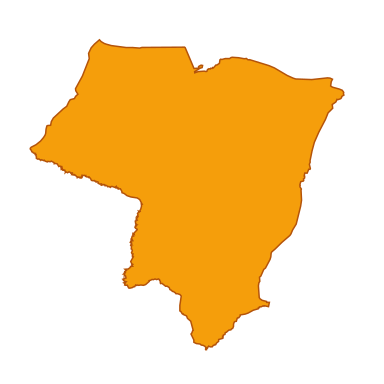 the district of Phanom Sarakham, Chachoengsao, Thailand, rotated 86°
{"feature_id": "78962969B65089616698234", "entity_name": "Phanom Sarakham", "entity_type": "district", "adm_level": 2, "iso_a3": "THA", "parent_name": "Thailand", "parent_adm1": "Chachoengsao", "projection": "robinson", "projection_center": [101.467, 13.734], "detail": "fine", "context": "isolated", "style": "filled", "palette": "amber", "viewbox_px": 384, "rotation_deg": 86, "n_neighbors": 0, "source": "geoboundaries", "source_scale": "gbopen_adm2", "svg_char_len": 6027}
<svg xmlns="http://www.w3.org/2000/svg" viewBox="0 0 384 384"><g transform="rotate(86 192 192)"><path d="M89.3,44.0L88.0,46.4L87.6,48.9L88.2,64.7L86.5,80.6L85.5,83.1L82.4,88.9L74.0,101.1L71.3,106.4L64.0,125.3L64.2,125.7L63.8,127.3L62.6,128.3L62.7,130.6L61.3,136.1L60.4,142.5L60.6,143.7L61.5,145.2L61.2,149.5L61.9,153.0L61.5,154.0L62.1,154.9L65.6,155.7L67.1,158.4L67.0,159.3L69.7,162.0L69.3,162.8L70.1,163.2L69.9,164.8L70.5,165.1L70.2,166.6L70.8,167.1L70.8,167.9L72.7,168.8L72.8,169.7L72.3,171.3L72.3,177.3L73.3,180.9L72.1,181.0L69.1,175.3L68.6,173.2L66.5,172.6L66.1,174.1L67.0,176.2L67.4,176.7L68.9,176.5L68.9,181.4L47.6,188.7L47.0,189.3L44.3,231.9L44.8,234.2L43.7,241.5L43.3,247.6L40.3,262.3L38.6,267.1L37.7,269.2L35.6,272.2L33.7,273.7L37.7,279.0L41.1,282.5L46.5,285.5L51.8,285.2L68.6,293.2L80.8,301.0L82.9,300.9L86.5,299.0L88.4,301.4L90.6,302.8L91.4,307.0L93.5,308.6L97.8,311.0L100.2,314.8L108.5,325.1L111.9,327.4L115.6,328.4L115.6,331.2L116.0,332.2L119.1,333.2L123.4,333.9L125.0,334.6L127.4,336.4L130.7,339.6L134.0,344.4L136.1,349.3L137.1,350.3L138.3,350.2L138.8,349.6L140.8,348.9L141.2,348.0L142.0,347.5L142.6,345.6L143.1,346.0L143.8,345.8L144.0,344.9L145.0,345.1L146.3,344.7L147.3,345.0L148.2,344.1L148.5,343.5L148.3,342.4L149.0,341.9L149.3,340.9L149.9,340.6L149.3,339.8L150.4,337.6L150.0,337.2L150.9,336.4L151.9,334.3L151.4,333.8L151.9,331.3L151.4,330.2L153.1,327.5L154.2,327.5L154.0,326.4L154.5,324.5L157.3,323.1L156.9,321.9L157.4,321.3L157.5,320.1L158.0,320.0L158.4,320.7L158.8,320.1L159.6,320.2L159.6,320.9L160.3,320.9L159.9,319.8L160.9,319.8L161.2,319.5L161.3,318.8L160.9,318.6L161.4,317.5L161.7,317.8L162.9,316.6L163.7,316.9L163.2,316.2L164.1,314.8L163.3,313.3L164.3,311.5L164.8,311.5L164.7,310.2L166.2,310.8L166.2,309.5L166.6,309.6L166.8,308.7L166.5,308.0L167.2,307.6L167.2,307.0L168.7,306.0L168.9,305.1L169.7,305.3L169.3,303.7L169.6,302.7L169.9,302.7L169.7,302.3L170.2,302.4L170.3,301.2L169.9,300.7L168.5,300.3L168.8,300.9L167.6,300.6L167.8,299.7L168.1,300.2L168.3,300.0L167.9,299.3L167.9,297.8L168.8,297.3L168.5,296.8L169.0,296.8L169.7,295.7L169.7,293.8L170.4,293.9L170.5,293.1L171.5,292.3L173.4,291.5L173.9,289.8L173.7,288.7L174.4,288.2L174.5,287.2L175.4,287.0L175.2,285.6L175.7,284.8L176.6,285.1L177.6,283.7L177.6,282.0L178.6,282.3L179.0,281.5L178.2,280.3L178.8,279.4L178.5,279.0L178.9,278.4L179.7,278.3L179.7,278.0L179.3,277.9L179.7,276.6L180.9,275.7L180.7,274.6L181.3,273.7L181.1,273.3L181.6,273.0L180.9,272.1L180.9,271.2L182.0,268.7L181.7,268.2L183.1,267.4L181.5,267.5L181.2,267.2L182.4,267.0L182.8,266.6L182.2,266.4L182.4,265.8L182.8,265.7L183.1,265.1L183.9,265.2L183.8,263.2L186.6,261.9L187.8,261.9L188.8,259.7L191.1,257.1L192.7,253.3L194.1,247.1L195.9,244.7L200.5,242.7L200.3,243.4L202.4,243.3L205.2,244.2L206.9,245.2L207.7,245.0L207.9,245.5L207.4,246.6L208.4,246.2L208.9,247.2L209.7,247.9L211.2,247.4L212.6,248.7L212.9,247.7L213.9,248.5L214.1,249.5L216.2,248.7L216.1,249.8L216.9,249.9L217.1,250.6L219.6,250.4L220.1,249.8L220.8,250.3L221.0,249.2L222.2,250.7L222.6,250.5L223.1,251.4L224.3,250.8L225.4,249.2L225.8,249.3L229.1,252.9L230.1,252.7L229.3,253.8L230.9,254.0L231.9,253.5L232.0,254.8L234.4,255.6L234.7,256.1L235.2,256.0L235.0,255.1L236.2,254.6L236.0,255.4L236.4,256.1L236.7,256.1L236.8,255.5L237.5,255.9L237.2,256.7L238.0,257.1L239.2,255.2L239.1,255.9L239.9,256.4L240.5,255.8L240.5,256.5L240.9,256.9L242.1,256.1L244.5,256.6L244.8,256.0L246.5,255.6L248.3,256.6L249.7,256.0L249.8,255.2L251.1,255.9L251.6,255.5L252.3,255.9L252.6,255.1L257.1,258.0L259.4,257.1L260.0,256.2L260.6,257.2L261.9,256.4L262.0,258.5L262.5,258.5L263.2,259.2L264.4,261.1L264.4,264.2L265.7,262.9L266.6,264.6L267.1,264.8L267.0,264.2L267.6,264.0L269.0,265.9L269.1,264.9L271.0,265.4L271.0,264.2L273.2,263.8L273.5,264.6L273.2,265.7L273.9,265.7L274.2,267.0L274.7,266.5L275.3,266.6L276.4,265.4L276.8,264.2L277.7,266.1L278.1,264.9L278.7,265.7L279.4,265.3L280.1,265.6L280.5,264.5L280.4,263.1L283.3,261.9L283.6,260.7L283.2,258.2L282.3,256.5L282.5,255.8L280.8,254.6L281.4,253.6L281.0,253.1L281.4,251.7L281.2,249.5L281.7,246.9L281.1,244.7L278.2,240.9L277.4,241.0L277.2,239.5L276.4,237.9L276.8,236.9L276.2,234.9L276.9,233.4L276.4,231.5L277.2,230.5L277.8,230.6L279.0,229.8L280.5,230.0L281.2,229.6L281.0,228.4L284.2,224.9L284.2,223.5L285.7,221.4L287.8,220.8L288.7,219.3L289.8,218.5L290.0,217.5L291.4,215.7L292.3,215.2L292.5,213.4L293.5,211.1L295.1,210.0L304.2,212.0L309.8,212.4L310.4,211.5L312.7,210.3L313.0,209.3L313.5,209.4L315.2,206.1L317.8,205.3L320.8,202.3L330.0,200.5L330.0,200.8L332.6,202.0L333.6,202.9L339.7,200.5L342.1,200.6L343.5,198.2L344.2,194.6L345.3,193.5L345.8,191.5L346.9,189.8L348.5,188.9L349.7,189.5L350.3,189.3L350.3,188.5L349.1,188.1L348.9,187.5L348.0,187.6L347.5,186.2L347.0,186.1L347.8,184.4L347.8,182.5L346.5,181.5L346.2,180.1L345.8,179.8L346.0,179.1L344.2,177.9L342.9,175.9L341.0,175.7L340.2,171.8L339.7,171.8L339.6,171.2L338.0,171.5L337.9,170.9L336.8,170.6L336.4,169.1L334.6,168.6L334.3,167.4L332.4,165.0L332.2,162.8L331.3,162.1L331.0,161.0L329.1,160.0L326.4,159.7L324.7,158.9L324.2,158.1L324.1,156.8L321.1,155.7L320.6,154.9L320.8,154.2L319.0,152.6L318.0,152.5L317.5,147.5L316.7,144.5L314.2,139.1L313.1,134.0L312.2,133.9L312.1,132.8L311.3,132.7L311.3,130.7L310.5,129.0L311.0,128.2L310.5,127.8L311.7,123.7L307.5,122.5L307.3,125.2L306.4,125.2L304.9,129.6L303.3,131.6L302.0,132.3L290.2,132.3L287.2,131.6L285.9,130.6L281.7,130.6L280.7,129.2L274.2,125.8L273.0,124.0L264.8,118.9L262.2,117.9L258.5,117.3L257.3,116.6L254.8,113.2L248.4,105.7L242.2,97.4L240.7,96.2L236.9,94.3L231.3,90.3L213.7,84.6L207.8,83.3L197.6,83.1L196.7,82.7L194.3,84.0L192.8,83.6L192.5,84.0L189.3,82.8L188.8,80.1L188.1,79.7L186.7,79.9L185.9,78.7L184.1,78.5L183.9,79.0L181.0,78.2L181.2,75.8L177.5,74.0L177.6,72.7L176.9,72.3L172.5,73.0L170.4,72.0L169.2,72.1L159.4,69.4L151.0,66.5L141.1,61.3L128.9,53.8L122.5,50.7L118.3,45.8L114.5,46.0L112.2,42.2L109.7,40.9L110.1,40.2L109.3,37.2L108.4,36.3L107.1,35.9L105.9,33.7L104.7,34.1L103.2,33.7L101.0,35.0L99.6,37.8L97.2,44.6L95.9,46.3L91.7,45.4L89.3,44.0Z" fill="#f59e0b" stroke="#b45309" stroke-width="1.5"/></g></svg>